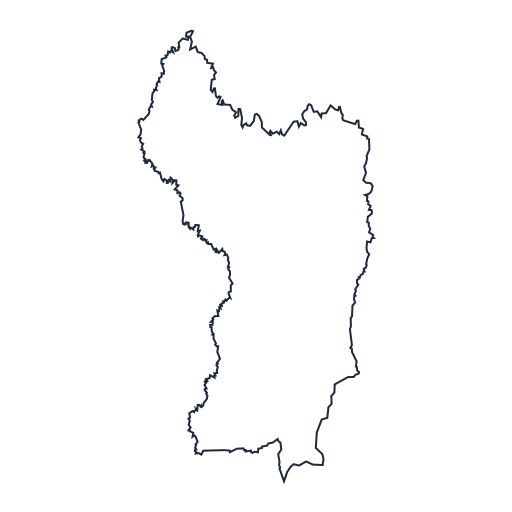 Thung Yai, Nakhon Si Thammarat, Thailand (Equal Earth projection)
{"feature_id": "78962969B32450695169109", "entity_name": "Thung Yai", "entity_type": "district", "adm_level": 2, "iso_a3": "THA", "parent_name": "Thailand", "parent_adm1": "Nakhon Si Thammarat", "projection": "equal_earth", "projection_center": [99.344, 8.291], "detail": "fine", "context": "isolated", "style": "outline", "palette": "slate", "viewbox_px": 512, "rotation_deg": 0, "n_neighbors": 0, "source": "geoboundaries", "source_scale": "gbopen_adm2", "svg_char_len": 6059}
<svg xmlns="http://www.w3.org/2000/svg" viewBox="0 0 512 512"><path d="M322.7,465.0L323.5,458.9L322.3,454.1L315.8,447.9L316.8,432.5L321.7,419.5L327.3,417.9L328.4,407.4L331.6,403.8L331.3,396.1L334.4,392.5L334.7,384.4L348.0,377.1L353.6,377.0L355.7,374.6L358.6,373.7L359.1,372.1L357.2,370.6L356.7,366.7L355.9,366.5L356.6,361.4L352.2,352.4L351.7,348.4L350.4,348.0L351.9,345.0L349.9,328.9L350.9,326.5L350.7,318.0L352.0,316.4L352.5,305.5L355.1,302.6L354.0,299.0L354.3,296.1L355.4,295.7L354.3,294.7L355.9,290.9L355.2,289.3L358.3,284.6L357.1,283.5L357.0,279.9L358.7,278.9L358.7,277.3L359.8,277.6L360.6,275.1L362.9,273.9L363.3,271.7L364.6,271.5L363.7,268.8L365.8,267.7L366.7,265.1L366.1,264.1L367.4,258.1L369.2,254.3L367.1,251.7L366.5,247.8L367.1,241.5L370.4,242.4L371.8,238.2L373.6,238.0L372.6,237.3L373.2,235.1L369.0,232.3L370.3,228.7L368.7,225.8L368.8,222.7L367.2,222.1L367.8,216.8L371.8,213.6L371.9,211.6L371.4,210.0L368.9,209.9L370.7,205.9L368.2,204.3L368.4,201.3L366.9,200.9L367.4,196.4L365.0,195.0L368.7,194.0L371.3,191.5L372.7,186.2L370.7,183.2L366.0,182.7L363.3,180.2L366.0,172.7L364.2,166.4L365.9,163.5L367.1,158.2L366.6,156.0L369.4,149.4L369.0,139.1L367.1,138.4L367.3,136.4L361.9,134.5L363.0,128.9L358.9,127.5L358.4,120.7L356.9,120.7L355.1,124.1L343.3,120.3L342.3,118.5L342.8,114.9L341.3,112.9L339.9,106.8L339.1,106.9L338.1,110.4L335.5,109.6L330.6,105.4L326.0,113.2L321.6,113.5L321.1,117.2L317.3,111.4L313.7,111.8L311.2,105.3L309.1,104.2L307.6,106.0L307.1,109.4L304.1,111.3L302.2,114.5L303.1,118.6L306.0,122.4L305.9,125.1L304.3,125.4L300.8,123.0L298.9,126.6L297.4,121.2L293.6,121.7L284.3,135.6L282.0,134.3L280.8,130.3L279.2,134.1L276.9,131.7L272.8,133.6L270.4,130.8L269.8,132.3L270.8,135.1L269.9,135.0L261.9,127.5L261.8,122.2L259.2,116.1L256.9,113.9L254.9,114.5L253.8,121.0L250.1,125.9L247.0,125.3L246.2,123.3L243.2,125.3L242.6,127.4L241.3,125.0L242.0,117.9L240.2,109.1L238.5,108.9L238.3,115.9L235.1,117.8L234.2,115.6L236.1,112.3L232.3,109.7L230.2,104.9L224.2,104.5L222.7,100.3L221.7,101.4L222.1,104.9L217.5,104.0L220.6,97.1L219.2,96.3L217.4,97.7L215.9,96.0L214.9,88.4L213.8,88.5L212.5,92.0L210.7,89.9L211.8,79.7L214.7,79.1L214.0,75.1L216.0,72.4L213.9,70.3L213.2,67.4L211.2,68.0L213.0,63.6L207.3,62.9L207.0,59.7L204.9,59.1L204.5,56.0L201.5,52.9L197.8,52.2L195.7,46.6L190.1,49.5L191.9,41.6L190.1,36.9L193.0,31.3L191.5,30.7L186.6,32.7L186.0,36.6L188.6,36.6L187.9,39.9L182.7,38.5L178.6,42.7L179.3,47.1L178.3,47.3L178.8,48.9L177.9,50.2L175.4,51.0L174.9,48.2L172.2,47.0L171.5,48.1L173.1,52.3L170.9,50.9L169.8,52.6L168.2,51.5L167.4,55.4L165.6,55.6L166.3,57.4L161.6,59.2L161.3,63.4L163.3,64.0L162.1,65.1L164.1,70.6L163.9,73.7L161.6,73.2L161.6,76.7L158.9,78.3L159.5,81.9L158.2,81.4L156.5,84.1L157.1,85.0L155.8,88.3L156.5,90.1L154.0,89.7L154.2,91.4L152.5,93.2L151.8,99.8L153.0,102.0L151.1,104.3L151.9,106.6L150.7,106.2L148.8,109.5L149.5,111.0L148.8,114.0L143.3,119.9L141.5,118.6L138.8,120.4L139.5,121.6L138.4,122.5L141.2,129.6L140.5,134.6L138.4,137.3L140.9,138.2L140.0,140.0L140.8,142.4L143.2,143.8L141.8,146.1L142.5,148.6L141.2,149.5L144.4,151.5L143.4,152.9L144.7,153.3L143.5,156.9L144.7,159.3L146.1,158.6L144.2,160.7L145.7,161.4L145.3,162.9L146.8,162.9L146.4,161.0L147.2,161.8L148.6,161.1L148.4,160.0L149.7,160.1L152.5,163.8L151.8,166.4L153.2,165.6L154.1,166.5L153.8,168.1L155.2,167.8L154.2,169.5L154.6,170.7L158.3,171.9L158.6,173.2L160.0,172.6L161.6,179.0L163.5,181.3L164.3,179.0L166.9,180.5L166.8,183.0L168.0,182.8L168.8,180.0L170.4,181.4L170.6,177.7L173.7,180.6L172.9,180.6L172.6,182.9L175.0,180.2L176.5,180.4L176.2,184.7L178.4,185.3L174.7,189.4L177.5,190.4L177.4,193.1L179.8,192.3L180.6,193.5L179.5,195.6L182.7,198.4L182.6,200.4L180.8,201.6L183.5,215.4L182.6,220.7L183.2,224.1L184.9,224.6L185.3,223.2L186.5,223.7L186.5,222.4L188.6,222.7L188.6,227.0L190.0,228.7L190.3,227.4L193.4,229.5L193.5,227.3L194.9,227.0L195.4,224.9L198.8,225.3L197.8,231.2L199.8,230.7L197.7,235.1L198.1,236.4L199.0,235.4L202.2,236.3L200.9,238.7L202.0,239.6L202.4,238.2L204.2,239.3L205.0,238.4L204.4,240.2L206.5,240.1L206.2,242.0L207.1,243.3L208.0,242.4L208.6,244.1L211.2,244.0L213.7,249.6L215.6,248.8L215.4,251.8L216.6,252.2L217.1,250.0L218.9,252.8L222.3,249.0L222.7,251.2L224.6,251.6L225.3,253.4L224.5,255.1L226.9,254.6L228.4,258.1L227.8,259.8L229.1,262.9L227.9,267.2L229.1,267.3L228.2,269.2L229.9,271.3L230.1,274.5L229.0,277.7L232.6,283.6L230.8,285.3L230.8,291.5L228.8,292.1L228.5,293.3L230.3,297.9L229.5,297.4L226.3,300.8L225.4,299.6L224.3,301.5L223.3,301.3L223.7,302.8L221.5,303.5L221.9,305.7L220.2,305.1L220.7,308.3L219.3,307.3L219.0,311.1L217.3,310.5L218.4,316.0L214.6,316.2L212.4,318.4L213.2,319.4L211.1,321.7L212.8,321.4L212.5,324.8L210.2,324.9L210.6,326.6L209.5,326.9L211.6,327.3L211.8,331.8L213.5,333.8L212.4,334.7L213.6,335.1L213.5,338.5L215.9,343.3L215.2,344.4L216.7,346.4L218.2,346.4L217.3,352.0L220.0,358.7L216.7,363.1L217.7,363.8L216.4,365.3L217.8,366.9L216.8,370.4L217.2,373.0L214.3,373.3L215.5,375.7L214.2,376.0L214.5,377.6L210.0,375.2L209.6,378.2L206.1,379.0L207.4,381.1L206.1,381.8L205.4,380.6L204.8,381.6L206.2,382.7L204.5,385.0L206.6,388.6L204.8,389.1L204.7,390.3L206.9,392.6L206.2,394.0L207.4,395.6L206.8,399.1L203.8,402.8L203.1,405.9L201.6,406.9L201.2,405.6L200.6,406.6L199.1,404.8L197.7,404.9L197.3,410.2L195.8,408.7L196.2,410.4L194.1,410.9L194.0,412.0L192.6,411.1L189.3,413.2L189.9,417.8L188.4,418.8L189.9,421.0L188.6,424.6L190.6,427.5L188.4,430.3L189.2,430.9L189.5,429.8L189.9,431.2L193.3,432.9L192.6,436.7L194.3,435.4L195.5,436.4L197.6,441.8L195.6,444.3L196.2,444.9L195.2,447.4L196.3,449.4L195.2,449.4L194.8,451.1L196.4,452.3L195.8,453.6L198.7,453.1L201.3,454.6L203.3,450.7L224.6,450.1L229.9,450.7L230.0,452.1L236.9,448.7L243.5,448.4L244.2,450.2L245.7,450.0L245.7,451.5L250.9,450.6L251.0,452.1L252.5,452.9L254.4,451.8L257.9,452.3L258.3,448.7L261.8,448.0L262.1,446.5L267.2,445.6L268.3,443.5L272.7,442.6L277.7,439.0L278.4,441.2L280.4,442.6L281.3,449.4L278.2,454.2L279.5,461.8L279.1,465.2L280.2,467.4L279.5,468.5L284.0,481.3L287.2,472.0L290.6,466.8L293.7,464.2L299.0,465.5L306.2,461.5L312.9,464.6L322.7,465.0Z" fill="none" stroke="#1e293b" stroke-width="2"/></svg>